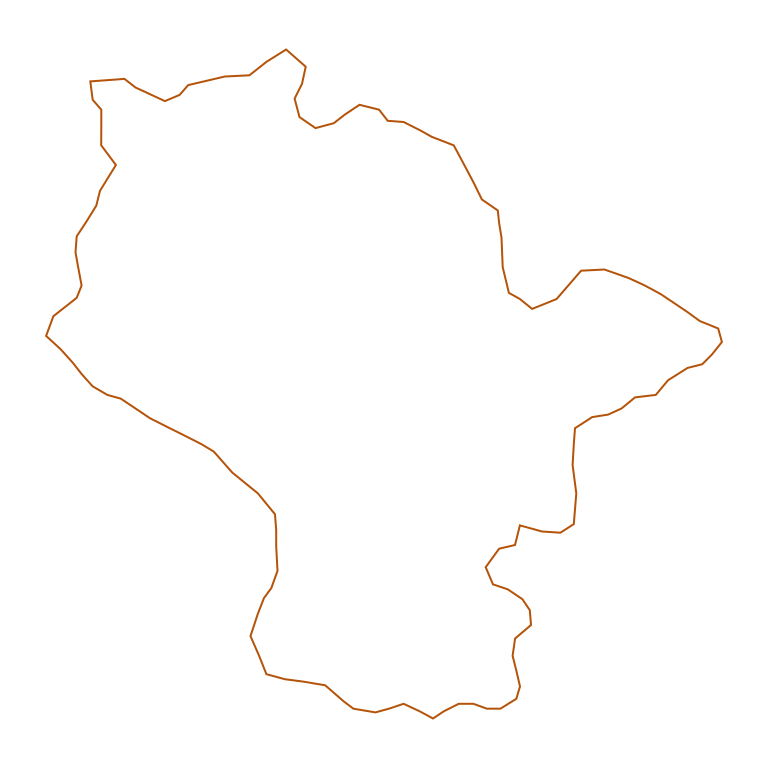 Komi Kepir, Cyprus (Albers equal-area conic projection)
{"feature_id": "46923920B77535309338235", "entity_name": "Komi Kepir", "entity_type": "district", "adm_level": 2, "iso_a3": "CYP", "parent_name": "Cyprus", "parent_adm1": "", "projection": "albers", "projection_center": [33.993, 35.411], "detail": "fine", "context": "isolated", "style": "outline", "palette": "amber", "viewbox_px": 768, "rotation_deg": 0, "n_neighbors": 0, "source": "geoboundaries", "source_scale": "gbopen_adm2", "svg_char_len": 1658}
<svg xmlns="http://www.w3.org/2000/svg" viewBox="0 0 768 768"><path d="M46.1,335.9L60.8,349.4L73.0,363.0L81.6,374.0L92.6,386.3L107.3,394.9L120.7,398.6L139.1,410.9L150.1,418.3L169.7,428.2L182.0,434.3L201.5,444.2L213.8,451.6L232.2,472.5L257.9,493.4L275.0,514.3L276.2,530.3L276.2,546.3L277.5,570.9L271.3,588.1L264.0,598.0L257.8,613.9L250.5,636.1L259.1,655.8L263.9,667.9L266.4,674.2L284.8,679.2L303.2,681.6L325.2,685.3L343.6,701.3L353.4,708.7L375.4,712.4L388.9,708.7L403.6,703.8L419.5,711.2L433.0,718.5L444.0,711.2L458.7,703.8L473.4,703.8L486.9,708.7L500.4,708.7L516.3,698.8L520.0,686.5L516.3,670.5L512.6,655.8L515.1,638.5L531.0,625.0L529.8,610.2L522.4,599.2L507.7,589.3L493.0,584.4L485.7,567.2L499.1,548.7L515.0,545.0L519.9,525.4L542.0,531.5L560.4,532.7L573.8,524.1L576.3,493.4L572.6,465.1L573.8,444.2L575.0,428.2L592.2,417.1L608.1,414.6L621.5,408.5L635.0,397.4L655.8,394.9L668.1,380.2L687.6,367.9L702.3,364.2L712.1,354.3L721.9,342.0L718.2,328.5L699.9,321.1L686.4,311.3L660.7,294.1L644.8,285.5L628.8,278.1L604.4,269.5L581.1,270.7L556.6,299.0L532.1,308.9L519.9,299.0L508.9,292.9L502.7,267.1L501.5,237.6L499.1,222.8L497.8,210.5L481.9,199.5L473.4,182.2L462.3,161.3L453.8,145.4L431.7,136.8L420.7,130.6L403.6,122.0L387.7,120.8L379.1,109.7L359.5,104.8L344.8,114.6L333.8,123.2L315.5,128.1L299.5,117.1L294.6,98.6L302.0,83.9L305.7,66.7L286.1,49.5L266.5,61.8L249.4,75.3L224.9,76.5L188.2,85.1L179.6,94.9L164.9,101.1L135.5,87.5L124.5,78.9L90.3,81.4L92.7,99.8L101.3,109.7L101.3,123.2L101.2,145.3L115.9,165.0L100.0,190.8L96.3,205.6L86.5,221.5L76.7,236.3L75.5,252.3L77.9,265.8L81.6,285.5L76.7,297.8L53.4,316.2L46.1,335.9Z" fill="none" stroke="#b45309" stroke-width="2"/></svg>